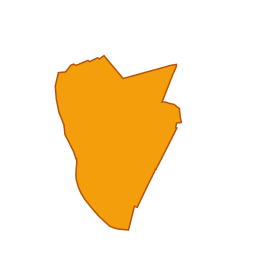 the district of Banjul South, Gambia, rotated 146°
{"feature_id": "56634734B29168541437208", "entity_name": "Banjul South", "entity_type": "district", "adm_level": 2, "iso_a3": "GMB", "parent_name": "Gambia", "parent_adm1": "", "projection": "orthographic", "projection_center": [-16.577, 13.449], "detail": "fine", "context": "isolated", "style": "filled", "palette": "amber", "viewbox_px": 256, "rotation_deg": 146, "n_neighbors": 0, "source": "geoboundaries", "source_scale": "gbopen_adm2", "svg_char_len": 1242}
<svg xmlns="http://www.w3.org/2000/svg" viewBox="0 0 256 256"><g transform="rotate(146 128 128)"><path d="M74.5,115.2L74.6,115.5L75.5,118.1L76.6,121.8L79.1,124.3L82.1,128.1L84.3,129.9L85.3,130.5L85.1,130.6L60.2,147.8L53.7,151.8L52.3,153.6L53.8,154.3L56.7,155.7L104.4,171.8L104.4,172.0L107.5,201.4L113.1,201.2L113.9,203.2L123.0,204.6L123.3,206.4L136.0,208.9L137.4,211.4L140.4,212.0L148.4,209.4L154.7,212.8L163.8,204.4L165.0,203.2L171.3,192.0L176.5,179.5L179.3,166.5L183.9,157.9L185.0,148.5L186.3,138.8L188.3,131.5L187.8,131.4L189.9,127.8L192.4,124.8L197.3,118.5L199.6,114.5L202.1,107.1L203.4,100.4L203.7,92.5L202.8,81.6L202.1,76.0L201.1,69.3L198.0,56.7L195.3,52.7L192.2,49.3L187.6,45.6L184.7,43.2L184.0,43.8L179.3,48.0L177.6,49.5L167.0,59.0L166.4,59.5L166.3,59.3L166.1,59.1L165.0,57.5L164.8,57.1L144.7,68.9L136.6,73.5L134.0,75.0L131.5,76.4L129.4,77.7L128.9,78.1L128.6,78.4L128.3,78.2L127.9,78.0L126.4,79.0L115.9,84.7L115.1,85.2L114.4,85.6L110.5,87.7L105.9,90.3L99.5,93.9L96.9,95.4L87.5,100.7L88.3,101.5L87.6,102.3L87.0,102.9L86.6,103.4L86.2,103.8L85.6,104.3L84.8,105.0L84.2,104.7L83.3,104.1L82.6,103.8L82.1,103.5L82.1,103.3L80.6,102.9L80.0,104.4L79.1,106.7L75.4,113.9L74.5,115.2Z" fill="#f59e0b" stroke="#b45309" stroke-width="1.5"/></g></svg>